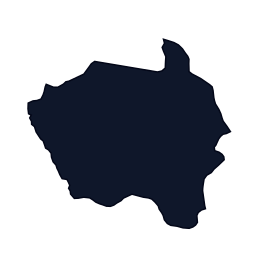 the district of Jaborandi, São Paulo, Brazil, rotated 97°
{"feature_id": "56859067B72694861704864", "entity_name": "Jaborandi", "entity_type": "district", "adm_level": 2, "iso_a3": "BRA", "parent_name": "Brazil", "parent_adm1": "São Paulo", "projection": "natural_earth1", "projection_center": [-48.409, -20.657], "detail": "fine", "context": "isolated", "style": "filled", "palette": "ink", "viewbox_px": 256, "rotation_deg": 97, "n_neighbors": 0, "source": "geoboundaries", "source_scale": "gbopen_adm2", "svg_char_len": 1718}
<svg xmlns="http://www.w3.org/2000/svg" viewBox="0 0 256 256"><g transform="rotate(97 128 128)"><path d="M35.6,103.6L39.5,102.1L43.8,103.9L47.2,102.2L52.6,99.1L56.6,98.9L59.4,98.7L63.9,98.3L67.3,101.4L68.8,105.6L66.0,169.2L68.7,172.2L71.5,173.7L79.9,178.4L88.7,192.3L89.7,195.3L92.3,197.4L96.1,202.6L96.6,206.9L94.6,214.5L97.4,215.2L102.1,215.6L105.5,216.3L109.9,217.9L111.8,221.7L112.7,225.6L115.4,230.1L121.1,229.6L126.0,228.4L127.0,225.6L130.0,226.8L133.1,224.6L136.1,224.1L138.0,221.0L140.4,219.9L143.1,218.7L146.8,215.6L149.5,213.3L151.2,210.6L154.8,208.8L158.0,207.3L159.4,204.2L162.4,201.2L166.2,200.4L170.7,198.2L173.6,194.9L176.6,193.6L179.1,191.9L182.5,190.0L186.3,187.2L186.5,182.3L188.7,180.8L192.0,178.8L195.1,179.6L197.5,177.7L200.6,176.9L204.4,172.7L203.7,168.7L202.1,163.5L202.0,157.6L203.4,154.5L205.5,150.9L206.7,146.9L207.3,143.7L208.2,139.9L207.9,135.9L206.2,132.6L203.9,130.1L201.0,126.1L198.1,123.9L196.3,121.0L193.2,116.0L194.8,104.4L194.9,99.2L195.6,95.8L198.3,92.1L201.6,88.5L204.8,87.1L208.0,84.2L210.6,82.4L214.7,80.7L218.0,77.3L219.4,73.7L219.5,67.3L220.4,61.2L220.1,55.0L218.3,51.5L216.1,49.1L213.2,47.6L206.5,49.0L203.3,48.0L200.4,45.1L198.7,41.3L195.8,42.4L181.2,46.3L178.5,46.5L175.1,46.5L169.4,46.3L165.3,44.1L162.1,39.9L158.3,37.6L153.9,33.7L147.8,28.7L144.9,29.4L142.7,31.4L140.9,34.7L140.0,39.1L136.6,40.1L134.3,38.7L131.3,37.8L127.6,36.6L125.0,35.1L122.6,32.9L121.5,29.7L119.1,25.9L114.3,30.0L109.6,34.4L106.6,35.9L102.6,37.6L98.5,40.1L93.5,44.1L90.4,45.5L87.5,46.5L80.3,48.2L76.9,49.5L75.1,52.2L70.2,61.6L66.6,71.0L64.6,74.3L56.7,75.5L52.3,75.9L49.6,77.4L46.5,80.4L42.8,83.6L39.4,88.1L37.6,92.8L36.3,99.5L35.6,103.6Z" fill="#0f172a" stroke="#020617" stroke-width="1.5"/></g></svg>